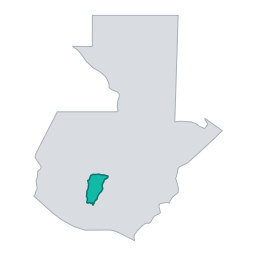 Guatemala, with Chimaltenango highlighted
{"feature_id": "GTM-1949", "entity_name": "Chimaltenango", "entity_type": "Department", "adm_level": 1, "iso_a3": "GTM", "parent_name": "Guatemala", "parent_adm1": "", "projection": "natural_earth1", "projection_center": [-90.916, 14.662], "detail": "fine", "context": "in_parent", "style": "filled", "palette": "teal", "viewbox_px": 256, "rotation_deg": 0, "n_neighbors": 0, "source": "natural_earth", "source_scale": "10m", "svg_char_len": 2665}
<svg xmlns="http://www.w3.org/2000/svg" viewBox="0 0 256 256"><path d="M33.7,196.0L35.0,194.6L36.0,191.3L37.3,188.0L36.5,184.1L36.1,180.9L37.5,176.4L37.4,172.9L38.0,170.8L40.2,169.4L41.3,166.8L35.2,157.8L35.2,155.7L36.1,153.2L41.0,143.6L46.9,132.1L53.4,119.4L57.3,111.8L71.5,111.8L80.9,111.8L92.9,111.8L105.9,111.8L114.4,111.8L117.9,111.7L117.3,106.7L117.8,101.3L119.3,96.3L119.3,94.1L116.8,91.4L111.9,89.9L109.1,87.5L109.1,84.5L107.9,80.9L105.5,76.6L100.6,72.2L93.1,67.8L86.7,61.8L81.4,54.3L77.0,49.4L73.5,47.4L72.7,46.3L82.8,46.4L92.3,46.5L92.3,35.7L92.4,26.2L92.4,15.4L109.7,15.4L130.2,15.4L151.5,15.4L168.3,15.4L178.1,15.4L177.7,28.9L177.2,44.4L176.9,55.8L176.4,71.0L175.9,86.6L175.2,107.8L174.8,121.5L175.0,121.8L180.6,121.2L188.9,121.8L190.9,121.7L193.5,122.9L195.4,123.3L199.7,126.4L204.6,128.7L207.8,124.0L206.1,121.2L204.9,119.7L205.0,118.4L222.3,130.7L220.2,132.5L215.9,136.9L208.0,144.3L200.9,151.0L194.0,157.1L187.9,162.5L187.2,163.0L179.4,166.9L178.1,168.7L176.4,176.4L175.6,178.3L177.0,182.6L178.5,189.2L178.0,192.6L172.6,196.9L170.2,200.7L169.1,203.1L168.1,202.5L166.4,202.3L162.5,203.3L160.7,203.5L159.1,204.6L159.0,206.9L160.0,210.8L160.4,212.8L159.3,213.7L154.5,216.0L152.7,218.3L150.9,221.9L148.8,223.3L146.6,223.1L145.1,223.6L141.8,226.2L136.8,231.4L134.1,235.2L134.1,238.1L134.6,240.6L116.5,231.6L110.4,230.0L85.0,230.2L74.1,226.6L61.7,219.8L53.3,213.5L33.7,196.0Z" fill="#d9dde1" stroke="#a8b0b8" stroke-width="1"/><path d="M103.0,183.2L102.2,184.7L102.1,185.4L102.4,187.0L102.5,187.5L102.7,188.5L102.7,188.8L102.7,189.1L102.5,189.3L102.2,189.8L101.6,191.3L100.4,192.3L98.3,195.0L97.3,197.2L97.0,198.7L97.1,199.0L95.8,200.2L94.8,201.3L94.5,201.8L94.4,201.9L94.2,202.7L93.3,204.8L92.9,205.0L92.8,204.8L92.7,204.7L92.7,204.0L92.6,203.1L92.5,202.9L92.4,202.8L92.2,202.9L92.1,203.0L91.8,203.3L91.7,203.4L91.5,203.5L91.2,203.5L90.9,203.4L90.6,203.2L90.2,202.7L89.9,202.6L89.7,202.5L89.4,202.5L88.7,203.0L88.3,203.1L87.9,203.2L87.7,203.1L87.4,203.0L87.3,202.9L86.7,202.3L87.3,200.3L87.3,199.6L87.4,198.3L87.3,197.8L87.2,197.5L86.9,197.2L86.5,196.8L86.9,192.4L86.9,191.2L87.1,190.7L87.5,190.1L88.4,187.4L88.3,186.3L88.4,186.1L88.7,185.0L87.9,180.9L87.8,180.5L89.1,179.8L89.4,179.5L90.5,176.1L90.8,175.5L90.9,175.4L91.4,175.1L92.2,174.8L93.0,174.3L93.8,174.5L96.9,174.4L97.5,174.3L98.1,174.1L98.8,174.1L101.1,174.9L103.5,174.9L104.3,175.0L105.7,175.5L107.4,175.9L108.0,176.2L107.9,177.1L107.8,177.4L107.8,177.5L107.7,177.6L107.5,177.8L107.3,178.0L106.8,178.2L106.6,178.3L105.9,179.0L105.6,179.1L105.4,179.1L105.2,179.0L104.9,179.1L104.7,179.3L104.5,179.5L104.3,180.0L103.8,181.7L103.0,183.2Z" fill="#14b8a6" stroke="#0f766e" stroke-width="1.5"/></svg>